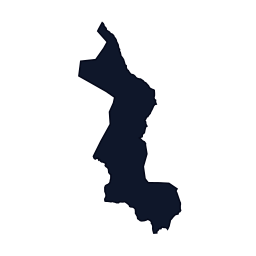 Passagem Franca do Piauí, Piauí, Brazil, rotated 172°
{"feature_id": "56859067B41463786975688", "entity_name": "Passagem Franca do Piauí", "entity_type": "district", "adm_level": 2, "iso_a3": "BRA", "parent_name": "Brazil", "parent_adm1": "Piauí", "projection": "robinson", "projection_center": [-42.424, -5.897], "detail": "fine", "context": "isolated", "style": "filled", "palette": "ink", "viewbox_px": 256, "rotation_deg": 172, "n_neighbors": 0, "source": "geoboundaries", "source_scale": "gbopen_adm2", "svg_char_len": 2748}
<svg xmlns="http://www.w3.org/2000/svg" viewBox="0 0 256 256"><g transform="rotate(172 128 128)"><path d="M109.0,127.2L109.8,129.3L109.7,131.6L110.4,133.2L109.0,134.7L108.3,136.2L106.9,136.5L105.3,138.4L104.1,139.3L103.3,140.8L101.6,143.1L100.7,144.5L99.5,146.5L98.0,147.7L96.7,147.7L97.2,149.9L96.8,151.7L97.9,152.6L98.1,154.5L97.3,156.6L97.0,158.8L96.9,160.2L96.8,161.7L97.7,162.4L99.1,163.1L101.1,164.7L101.9,167.0L103.1,168.7L104.0,170.1L105.6,171.2L106.5,172.7L107.8,173.8L108.7,174.7L110.4,175.1L112.2,176.0L113.1,176.8L113.9,178.3L115.1,179.7L116.1,180.2L117.4,180.6L118.3,181.7L119.3,183.6L119.8,184.9L120.8,185.8L121.4,188.0L121.1,189.9L122.2,191.1L122.4,193.0L122.7,194.7L122.9,196.3L123.7,198.1L124.3,199.2L125.0,200.4L125.1,202.5L125.2,204.0L125.8,205.4L125.4,207.0L126.1,208.3L126.2,210.4L126.2,211.8L126.8,213.6L127.4,215.3L127.4,216.6L128.1,218.5L129.0,219.8L129.4,221.5L130.5,223.0L132.4,224.1L132.8,225.2L133.6,226.1L134.7,226.9L135.8,228.0L135.8,229.5L136.3,230.7L137.4,231.8L137.6,233.7L138.1,235.0L138.9,235.9L143.3,230.0L144.5,228.2L140.9,222.7L136.5,216.1L141.0,210.2L150.4,200.2L165.5,200.7L169.4,186.4L158.9,178.4L144.6,167.4L136.9,160.3L138.9,154.8L144.1,146.5L145.0,134.2L156.9,118.4L166.2,104.8L165.8,102.9L164.8,101.8L163.3,102.4L161.8,102.2L161.4,100.3L160.5,100.7L159.9,99.2L158.8,98.1L157.5,97.8L156.1,96.9L154.9,95.9L155.8,93.9L155.1,92.8L153.8,91.7L153.1,90.2L153.1,88.7L153.2,86.7L152.5,85.3L151.5,84.2L151.7,82.3L152.0,80.4L152.7,78.8L153.3,76.8L154.0,75.9L155.5,74.9L157.4,74.4L158.4,73.8L159.2,72.3L159.5,69.9L159.7,68.3L159.3,66.8L159.1,65.3L159.2,63.7L159.7,62.4L160.6,61.4L161.0,60.0L160.8,58.7L158.5,58.3L156.5,57.8L155.1,57.3L153.7,57.5L152.5,56.9L151.1,56.4L149.7,55.6L147.7,55.3L146.6,56.2L145.5,55.9L143.5,55.5L141.3,55.5L139.4,53.7L137.6,51.8L137.2,50.1L136.0,49.4L134.5,49.2L133.3,48.4L132.1,47.0L132.1,44.5L132.4,42.5L131.0,39.1L131.0,36.9L129.8,35.8L128.7,34.6L127.3,34.1L126.2,34.1L124.9,34.0L122.9,34.3L121.1,34.9L119.7,34.0L118.8,33.3L117.8,31.8L118.1,30.3L117.3,29.0L117.1,27.0L117.5,25.0L117.5,23.1L117.1,20.3L115.3,20.2L114.1,20.1L113.9,21.6L112.4,22.6L111.2,24.0L109.5,23.7L108.4,25.2L107.3,24.9L106.2,24.5L104.7,24.3L103.5,23.5L102.9,22.3L102.2,23.3L101.0,25.2L100.2,27.4L99.5,29.0L98.9,30.9L97.4,32.1L96.2,33.3L95.3,34.1L93.1,35.7L91.6,35.8L90.4,35.9L89.9,37.5L88.2,38.0L87.3,39.2L87.6,40.5L87.2,43.7L86.8,44.9L86.6,46.5L87.0,47.9L88.7,56.9L89.3,58.5L88.9,59.8L87.9,60.9L95.2,67.5L104.5,69.3L115.6,71.0L117.0,73.3L118.2,75.5L118.2,79.2L118.2,87.7L112.9,99.7L113.1,108.9L112.8,110.2L113.7,112.0L115.6,113.3L116.7,115.0L118.1,116.5L116.9,117.0L115.2,117.4L114.7,119.6L113.7,120.3L112.5,121.0L111.4,124.1L110.4,126.6L109.0,127.2Z" fill="#0f172a" stroke="#020617" stroke-width="1.5"/></g></svg>